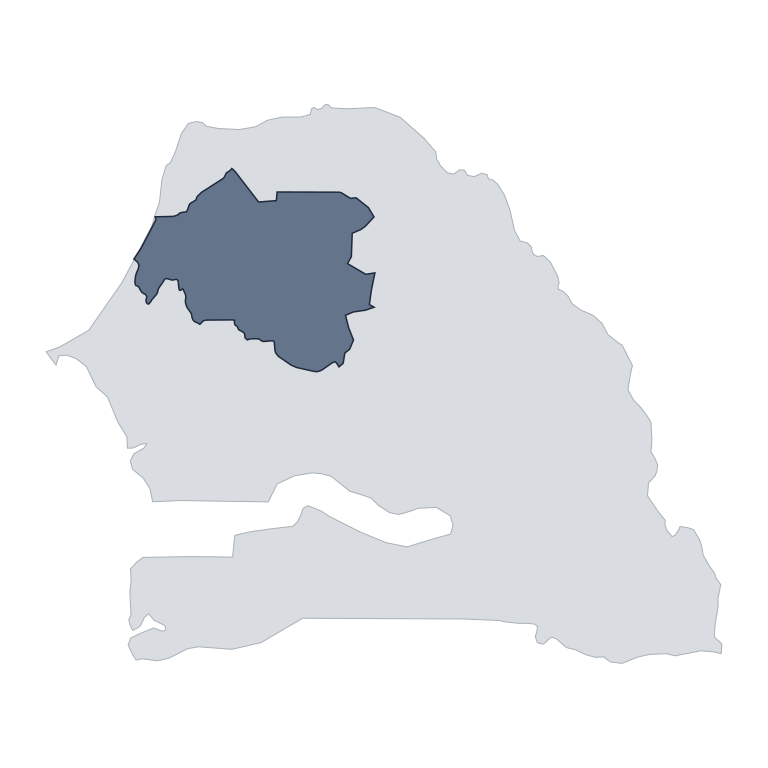 Louga highlighted on a map of Senegal
{"feature_id": "SEN-766", "entity_name": "Louga", "entity_type": "Region", "adm_level": 1, "iso_a3": "SEN", "parent_name": "Senegal", "parent_adm1": "", "projection": "natural_earth1", "projection_center": [-15.989, 15.391], "detail": "fine", "context": "in_parent", "style": "filled", "palette": "slate", "viewbox_px": 768, "rotation_deg": 0, "n_neighbors": 0, "source": "natural_earth", "source_scale": "10m", "svg_char_len": 5837}
<svg xmlns="http://www.w3.org/2000/svg" viewBox="0 0 768 768"><path d="M622.0,344.9L632.4,365.5L630.2,375.4L627.9,389.9L633.8,400.4L640.6,407.3L645.6,413.6L651.0,422.3L651.9,439.5L651.0,452.0L654.6,457.7L657.6,464.8L657.0,470.7L655.1,476.0L648.5,482.9L647.5,495.9L658.2,511.6L665.1,520.1L665.0,525.0L667.0,530.4L672.1,536.6L675.2,535.1L678.6,530.0L680.1,526.5L689.3,528.1L693.6,529.7L699.6,539.9L701.8,546.7L703.2,555.3L709.4,566.0L714.8,573.5L716.0,578.2L720.8,584.6L717.9,598.7L718.2,606.0L715.1,625.0L714.4,633.9L714.6,637.2L721.9,644.0L721.2,653.6L713.8,651.9L700.9,650.8L675.2,655.8L666.3,653.7L649.4,654.4L637.4,657.2L622.1,663.4L610.2,661.9L603.8,656.9L595.4,657.3L585.8,654.7L575.7,649.9L566.4,647.5L556.4,638.8L551.7,637.2L548.4,639.5L545.7,642.4L542.8,644.2L537.4,642.6L535.3,636.7L537.0,630.9L537.5,626.6L535.0,624.2L528.8,623.4L519.0,623.4L503.1,621.6L499.5,620.5L463.9,619.0L427.0,618.8L395.8,618.7L356.3,618.5L328.6,618.4L302.7,618.2L282.7,629.9L261.1,642.6L232.0,649.3L198.5,646.8L187.8,648.6L176.7,654.2L168.6,658.3L157.1,660.8L142.2,658.7L136.1,660.0L132.4,654.2L128.1,644.9L130.8,638.0L139.9,633.6L153.6,627.9L160.7,630.8L164.9,631.0L165.7,627.3L164.4,625.3L154.1,620.3L148.7,613.7L144.3,617.6L140.5,625.7L137.3,628.1L132.6,630.4L130.0,624.9L128.8,619.5L131.0,615.4L129.9,592.1L131.2,579.8L130.5,568.9L137.0,561.8L143.1,557.4L167.1,557.0L189.3,556.6L210.7,556.8L232.6,557.1L234.8,535.4L241.7,533.7L252.0,531.5L271.3,528.8L292.7,526.3L297.3,522.1L300.9,514.9L303.1,508.4L307.6,505.7L313.6,507.9L321.5,511.3L329.6,516.5L339.0,521.3L345.2,524.4L360.2,532.0L385.8,542.6L406.9,546.9L432.4,539.1L450.7,534.1L453.0,524.8L450.1,515.7L436.4,507.4L417.8,508.3L412.1,510.6L403.4,513.3L398.2,514.4L389.4,512.5L378.3,505.3L371.2,498.1L361.4,494.7L349.8,491.3L331.2,476.3L321.4,473.7L312.2,472.9L294.5,475.8L277.3,483.8L268.2,501.9L250.9,501.6L214.2,501.1L180.5,500.5L152.7,501.8L149.9,488.6L143.3,478.2L132.6,469.3L130.2,461.0L133.9,453.8L144.2,447.8L146.6,443.6L141.2,444.2L133.0,448.0L127.5,448.2L126.9,436.8L117.8,422.0L107.6,397.0L96.0,386.7L86.3,366.5L76.2,358.7L66.9,355.1L58.9,355.9L56.0,365.1L46.1,351.8L59.7,347.0L88.7,330.3L122.0,282.6L151.9,226.0L155.8,212.6L159.5,202.5L161.9,179.4L166.2,165.6L170.2,162.9L175.2,152.4L181.3,133.8L188.3,123.6L196.0,121.5L202.0,122.4L206.3,126.2L218.9,128.6L239.7,129.5L255.8,126.7L267.2,120.3L282.1,117.1L300.7,117.0L310.4,114.3L311.4,109.0L313.8,107.4L317.6,109.5L321.3,108.6L324.7,104.9L328.1,104.6L331.5,107.9L347.0,108.8L374.6,107.5L400.2,117.3L423.7,138.0L435.8,151.9L436.6,158.8L440.5,165.8L447.5,172.8L453.9,174.1L459.7,169.7L464.3,170.2L467.6,175.5L474.3,176.6L481.7,173.3L487.1,174.5L488.0,177.7L489.3,179.4L492.9,180.1L497.7,184.2L504.6,195.3L510.1,210.6L514.5,230.3L520.2,241.1L527.2,242.8L531.3,246.9L532.1,251.6L534.1,254.8L537.5,256.5L543.4,255.5L550.4,262.1L557.9,276.6L559.1,283.1L558.0,286.6L558.4,289.2L563.4,291.6L568.1,296.4L572.0,303.5L580.3,309.8L593.0,315.3L602.2,323.6L607.9,334.6L619.6,343.8L622.0,344.9Z" fill="#d9dde1" stroke="#a8b0b8" stroke-width="1"/><path d="M133.9,259.0L141.1,248.2L155.4,220.8L155.9,219.6L155.7,218.2L155.2,216.8L155.3,216.8L173.1,216.4L175.1,215.9L177.2,215.2L179.6,213.2L181.1,212.6L183.0,212.2L184.7,212.1L186.2,211.8L187.0,210.8L187.5,209.9L188.9,205.7L189.6,204.1L190.7,203.1L195.4,200.3L196.0,199.8L196.3,199.2L196.6,197.8L196.8,197.3L197.1,196.7L197.9,195.8L201.7,192.2L202.3,191.8L222.9,178.6L223.6,178.0L224.4,177.0L225.5,174.7L226.0,173.5L226.3,173.0L226.8,172.6L228.9,171.4L230.7,169.9L231.1,169.4L231.8,168.5L233.1,169.5L235.4,171.9L257.9,201.1L259.1,202.0L276.3,200.6L277.1,192.0L339.7,192.2L341.6,192.9L350.4,198.3L356.1,197.8L368.4,207.6L374.0,216.9L365.3,226.3L360.9,229.5L355.4,231.9L352.2,233.3L351.4,256.6L347.5,263.6L365.8,274.3L374.9,272.9L371.3,290.6L369.4,304.6L374.1,307.2L365.4,310.2L353.1,312.0L345.5,315.3L348.7,327.9L353.5,340.0L349.6,349.3L344.8,353.1L343.2,363.3L339.0,366.9L336.5,363.0L335.2,361.8L333.4,362.3L331.5,363.3L321.8,370.1L319.7,371.0L317.1,371.7L313.4,371.3L296.6,367.5L291.1,365.1L282.4,359.1L278.4,356.4L275.6,352.8L274.9,350.0L274.3,342.3L274.0,341.7L273.6,341.2L272.7,340.9L271.3,340.8L264.0,341.5L263.0,341.4L261.3,340.7L260.5,340.1L259.4,339.3L258.9,339.0L255.9,338.7L250.1,338.9L247.3,339.9L245.3,338.1L244.8,336.4L244.7,334.7L244.6,334.0L244.3,333.4L244.0,333.0L242.1,331.5L239.3,330.1L238.9,329.8L238.5,329.3L238.2,328.8L237.5,326.9L237.2,326.4L236.8,326.1L236.1,325.8L235.6,325.5L235.2,325.1L234.8,324.5L234.6,323.9L234.5,323.1L234.4,321.4L234.5,320.3L232.8,319.9L205.9,320.1L203.4,320.8L199.9,324.3L197.5,322.9L195.0,321.8L194.5,321.5L193.9,321.0L193.3,320.3L192.6,319.0L192.2,318.1L192.0,317.2L191.6,314.9L191.4,314.2L191.2,313.5L190.6,312.5L187.4,308.0L186.8,306.9L185.7,303.8L185.5,302.5L185.4,301.5L185.4,300.3L185.5,299.8L185.8,296.5L185.5,294.8L185.0,293.5L184.6,292.6L184.3,292.1L183.3,289.7L183.0,289.2L182.6,288.9L182.0,289.2L181.0,290.0L180.6,290.3L180.0,290.4L179.5,290.1L179.1,289.3L178.8,287.7L178.2,281.5L178.0,280.9L177.8,280.3L177.3,279.8L176.7,279.5L175.7,279.4L175.1,279.5L173.4,279.9L172.1,280.1L167.0,278.6L166.1,278.6L165.4,278.8L165.0,279.1L164.5,279.6L164.2,280.0L163.3,281.6L162.2,283.1L160.9,285.1L160.2,286.0L158.5,288.6L157.9,290.5L157.6,291.9L157.2,293.2L156.6,294.2L151.6,300.1L151.1,301.2L149.6,303.1L149.2,303.6L148.8,303.9L148.2,304.0L147.6,303.9L147.1,303.5L146.6,302.8L146.1,301.7L146.0,299.6L146.1,299.1L146.3,298.7L146.5,298.2L146.7,297.6L146.8,297.1L146.6,296.4L146.3,295.7L145.6,294.7L145.0,294.2L143.2,293.3L142.2,292.6L141.8,292.2L141.4,291.7L140.1,289.7L139.4,288.1L139.1,287.5L138.7,287.0L138.1,286.5L136.8,285.8L135.9,285.6L135.2,284.1L134.9,281.7L135.5,276.3L136.3,273.3L138.3,268.8L138.8,266.3L138.8,265.5L138.7,264.8L138.2,263.3L137.7,262.4L134.4,259.4L133.9,259.0L133.9,259.0Z" fill="#64748b" stroke="#1e293b" stroke-width="1.5"/></svg>